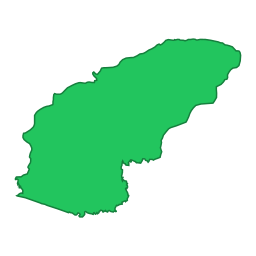 the district of Kpayan, Sinoe, Liberia
{"feature_id": "62588387B5166019461138", "entity_name": "Kpayan", "entity_type": "district", "adm_level": 2, "iso_a3": "LBR", "parent_name": "Liberia", "parent_adm1": "Sinoe", "projection": "natural_earth1", "projection_center": [-8.829, 5.106], "detail": "fine", "context": "isolated", "style": "filled", "palette": "green", "viewbox_px": 256, "rotation_deg": 0, "n_neighbors": 0, "source": "geoboundaries", "source_scale": "gbopen_adm2", "svg_char_len": 5843}
<svg xmlns="http://www.w3.org/2000/svg" viewBox="0 0 256 256"><path d="M213.0,103.1L214.4,101.1L216.5,97.5L216.6,93.2L216.3,89.2L216.4,86.7L221.0,84.4L223.1,82.3L224.2,80.8L224.6,79.7L226.9,79.2L227.6,77.7L227.5,74.8L228.9,72.2L230.6,69.8L232.9,68.1L236.6,67.5L238.9,65.6L240.2,60.9L240.6,55.3L240.1,52.8L239.3,51.3L238.1,50.9L236.1,50.9L232.4,46.9L229.7,45.9L227.2,45.2L225.0,44.9L222.6,43.0L220.4,42.8L218.2,41.9L215.4,41.3L210.7,40.3L205.4,39.5L200.2,39.4L197.4,40.0L196.4,40.0L195.1,39.3L193.1,39.1L190.5,39.5L188.2,39.5L187.1,40.2L185.1,40.8L183.5,40.3L181.6,40.2L180.2,40.2L179.3,39.5L177.5,39.4L175.7,39.9L174.7,39.7L174.7,40.1L173.1,40.3L168.3,39.6L165.8,40.4L164.2,42.2L161.9,44.2L160.3,45.0L159.1,44.1L157.2,44.9L154.8,47.1L151.5,49.0L149.0,50.0L145.4,52.4L143.2,53.5L139.9,54.0L137.3,55.7L133.5,57.5L130.7,57.6L126.1,58.1L122.6,59.7L120.2,62.1L118.9,64.5L116.9,66.1L113.1,67.3L106.8,67.7L103.4,67.8L101.6,68.2L100.2,71.2L97.4,74.4L95.8,74.0L93.8,72.0L92.8,72.8L92.8,74.0L94.0,76.0L96.6,78.5L96.7,80.3L94.7,80.7L94.4,82.5L92.0,82.5L89.1,82.0L87.2,82.3L85.3,83.3L80.2,82.6L78.6,82.8L75.5,83.8L72.3,85.3L67.5,87.8L65.0,90.3L62.3,93.1L60.3,94.2L56.4,94.2L54.6,93.6L53.8,94.7L53.4,97.7L53.4,99.6L53.0,101.7L53.0,103.5L52.8,104.6L49.0,106.0L46.6,106.4L43.8,107.4L40.4,109.3L37.7,111.2L36.4,112.5L34.6,115.4L34.6,123.5L34.2,125.3L33.3,127.1L31.1,129.2L30.2,130.0L25.4,133.0L23.6,133.3L23.0,135.7L23.0,137.6L24.1,139.6L26.8,141.9L29.6,143.6L30.8,145.7L31.8,148.1L31.8,150.0L30.4,153.1L29.8,155.3L29.5,157.0L30.2,158.0L30.7,158.6L30.7,161.1L30.4,162.8L29.4,164.3L28.1,166.6L28.0,167.5L28.9,168.6L29.3,169.1L27.3,173.9L25.0,174.6L23.4,175.1L22.3,176.0L21.0,176.9L19.2,176.9L16.4,177.0L15.7,178.1L15.4,178.9L15.5,179.5L15.9,179.6L16.7,179.1L17.4,179.1L18.1,179.7L18.1,180.6L18.0,181.5L17.6,182.8L17.5,183.4L17.8,184.4L18.0,184.0L18.4,183.5L18.9,184.5L19.0,185.0L19.2,185.4L19.5,185.6L19.1,185.9L19.2,186.4L19.6,186.2L20.0,186.3L19.6,186.6L19.2,186.9L19.5,187.0L20.0,187.2L19.7,187.8L20.3,187.8L20.9,187.5L21.5,188.5L22.5,189.6L22.8,190.6L22.9,191.4L22.6,192.2L22.7,193.0L22.7,193.4L21.6,193.1L20.7,193.2L20.0,193.5L18.9,194.2L18.2,195.0L17.5,195.4L17.0,195.6L16.8,195.7L17.1,195.9L25.3,197.7L40.3,203.0L41.5,203.6L44.9,204.3L47.0,205.3L57.1,208.6L65.3,211.5L68.5,212.7L68.8,212.6L69.2,212.0L69.5,212.0L70.6,212.7L72.2,212.9L74.9,214.9L75.9,215.0L76.6,214.8L77.6,213.6L78.0,212.9L78.8,213.1L79.7,213.8L80.1,214.7L79.7,215.2L79.0,215.8L79.3,216.5L79.8,216.9L82.5,216.9L83.2,216.2L83.9,215.4L84.5,214.7L84.7,214.3L84.7,212.2L84.8,211.9L85.1,211.6L85.7,211.5L86.1,211.7L86.6,212.1L87.1,212.7L87.8,212.9L89.3,213.4L92.1,213.9L92.6,214.2L93.2,214.4L93.4,214.1L93.5,213.3L93.7,212.8L94.1,212.6L94.6,213.4L95.2,214.0L95.7,214.2L96.2,213.6L96.9,212.6L97.4,213.3L97.6,213.7L99.0,212.6L99.1,211.9L99.2,211.3L99.5,211.1L99.9,211.0L100.4,210.8L100.8,210.2L101.2,210.3L101.6,210.4L102.0,210.6L102.5,210.7L102.8,210.8L102.8,211.1L102.7,211.6L102.7,211.8L103.3,212.0L104.7,211.0L105.3,210.5L105.5,210.4L105.7,210.7L105.5,211.2L107.6,212.0L107.7,211.9L107.8,211.2L108.0,211.1L108.5,210.9L109.0,210.5L109.3,210.5L110.0,211.0L110.8,211.5L112.8,211.9L113.3,212.0L114.0,211.3L114.3,211.1L114.6,211.0L115.1,211.3L115.8,211.6L116.2,211.4L116.1,211.0L115.4,210.3L115.0,209.7L114.9,208.7L115.1,208.2L115.4,207.4L116.1,206.2L116.3,205.7L116.6,205.3L116.9,205.4L117.4,205.7L118.5,205.1L118.8,204.9L119.0,204.5L119.2,204.4L119.7,204.6L120.8,204.2L121.6,204.2L122.2,204.1L122.0,203.0L122.0,202.3L122.1,202.1L122.6,202.1L122.9,201.9L123.3,201.6L124.9,200.9L125.2,200.8L125.4,201.0L125.6,201.6L126.4,200.9L127.2,200.5L127.4,200.2L127.2,199.3L127.2,199.0L127.4,198.4L128.4,196.5L128.6,196.0L128.7,195.5L128.5,195.2L127.8,195.0L127.8,194.0L127.8,193.5L127.5,193.0L127.5,192.6L127.3,192.1L126.7,191.5L126.3,190.3L125.6,189.3L125.6,188.8L125.6,188.6L125.8,188.3L126.0,188.2L126.1,188.4L126.4,188.7L126.7,188.7L127.0,188.5L127.0,188.2L126.7,188.0L126.8,187.8L127.0,187.7L127.3,187.5L127.6,187.2L127.6,186.9L127.5,186.5L127.5,186.2L127.4,185.7L127.2,185.4L126.6,185.0L126.7,184.8L126.9,184.5L127.0,184.1L127.2,183.9L127.4,183.8L127.5,183.6L127.4,183.4L126.6,183.0L126.5,182.8L126.5,181.6L126.4,181.2L125.9,181.0L125.0,180.9L124.3,180.7L123.9,180.3L123.4,179.8L123.1,179.8L122.8,180.3L122.7,180.8L122.5,181.1L122.4,180.8L122.1,180.1L121.9,179.4L122.0,178.9L122.3,178.5L122.5,178.2L122.9,177.9L123.0,177.7L123.0,177.4L122.7,177.4L122.1,177.6L121.8,177.5L121.7,176.9L121.6,175.8L121.6,175.4L122.0,174.8L122.0,173.9L122.2,173.2L122.4,172.8L122.4,172.4L122.2,172.1L122.4,171.6L122.5,170.9L122.4,169.6L122.1,169.5L121.5,169.4L121.3,169.0L121.1,168.0L121.2,167.1L121.3,166.5L121.7,165.8L121.9,165.4L121.9,164.6L122.1,163.5L122.4,162.9L122.2,162.0L122.7,160.9L123.7,163.0L124.1,163.5L124.7,163.6L125.3,163.7L125.5,164.5L125.6,164.8L126.2,165.1L127.2,165.2L128.8,165.4L128.8,163.5L128.5,163.1L128.3,162.8L128.8,162.1L129.3,161.7L129.6,161.0L130.0,161.0L130.4,161.2L130.7,161.5L130.7,161.8L130.9,162.0L131.2,161.7L131.3,161.1L131.2,160.6L130.6,160.1L130.6,159.9L131.0,159.8L131.9,160.1L132.8,160.5L133.6,160.8L134.4,161.3L135.6,161.6L135.6,161.9L136.1,162.5L136.5,162.8L136.9,162.8L137.5,162.7L138.7,162.9L139.2,162.9L139.4,162.7L139.6,163.0L140.1,162.9L140.4,163.1L140.7,163.1L140.9,162.7L141.6,161.6L142.4,160.3L142.4,159.4L142.8,158.8L143.4,159.0L143.9,158.7L144.6,158.9L145.1,159.3L145.5,160.3L147.2,160.8L148.1,162.2L148.9,161.3L149.6,159.4L151.0,159.4L152.3,159.4L153.4,160.1L154.2,159.6L155.5,159.0L157.1,158.5L158.4,158.0L160.1,157.3L160.4,155.9L161.0,153.7L161.7,151.8L161.1,150.1L160.4,147.8L161.0,145.2L161.5,142.5L161.1,140.5L162.4,138.2L163.4,135.2L166.0,131.9L168.6,128.8L170.7,127.6L176.6,125.7L184.4,122.7L186.0,122.1L187.0,120.3L188.7,116.6L189.7,113.7L191.3,110.6L193.4,107.8L195.8,105.4L200.9,104.0L213.0,103.1Z" fill="#22c55e" stroke="#15803d" stroke-width="1.5"/></svg>